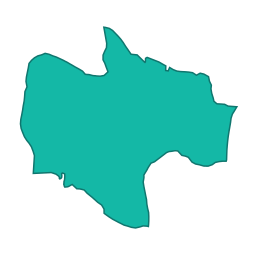 Qafl Shammar, Hajjah, Yemen (Natural Earth projection), rotated 3°
{"feature_id": "15242507B49516524141793", "entity_name": "Qafl Shammar", "entity_type": "district", "adm_level": 2, "iso_a3": "YEM", "parent_name": "Yemen", "parent_adm1": "Hajjah", "projection": "natural_earth1", "projection_center": [43.357, 15.907], "detail": "fine", "context": "isolated", "style": "filled", "palette": "teal", "viewbox_px": 256, "rotation_deg": 3, "n_neighbors": 0, "source": "geoboundaries", "source_scale": "gbopen_adm2", "svg_char_len": 2630}
<svg xmlns="http://www.w3.org/2000/svg" viewBox="0 0 256 256"><g transform="rotate(3 128 128)"><path d="M98.6,28.6L102.3,44.6L102.3,48.9L100.7,52.6L99.3,56.5L99.5,61.2L101.4,64.4L103.2,68.7L105.1,73.0L101.4,76.8L97.6,77.7L93.9,77.7L93.4,77.6L90.2,77.5L86.3,76.7L84.0,76.7L82.5,76.6L79.6,73.6L75.8,71.6L71.8,69.7L68.0,67.7L67.3,67.4L63.7,65.5L61.8,64.7L59.7,63.7L56.2,62.3L52.7,60.9L49.1,59.9L45.3,58.5L41.3,57.8L39.3,58.8L37.8,59.5L34.2,60.7L30.9,62.8L28.1,65.5L25.8,68.7L25.3,73.1L24.6,77.7L23.9,82.4L23.7,86.8L25.0,92.2L23.2,97.0L23.1,102.1L22.9,106.4L22.2,111.6L21.8,116.0L21.2,120.5L20.5,125.1L20.5,125.6L20.4,129.5L21.3,134.0L23.0,137.9L25.0,142.1L27.5,145.6L30.1,148.5L32.5,151.8L34.5,156.3L36.0,160.5L35.8,178.3L53.7,176.5L58.0,177.7L58.3,177.7L61.3,179.7L62.1,180.9L62.0,181.6L62.2,182.1L62.5,182.4L63.0,182.2L63.7,181.8L64.3,181.0L64.4,180.3L64.4,178.8L64.4,178.7L64.1,177.1L64.7,176.4L67.1,177.0L67.4,179.2L67.4,180.5L67.4,181.5L67.3,183.4L66.9,184.6L66.9,186.6L66.8,187.5L67.6,189.8L68.0,190.3L70.6,189.9L71.7,189.5L75.2,187.3L77.6,189.3L79.3,190.7L80.1,191.4L82.4,191.3L84.6,191.6L87.5,192.2L90.3,195.0L90.5,195.2L95.6,198.9L101.7,203.8L105.7,206.3L108.3,210.2L108.6,214.4L109.9,215.3L113.5,217.6L117.5,219.9L121.8,221.9L122.5,222.2L123.0,222.5L125.4,223.5L129.2,225.2L132.9,226.0L136.6,227.0L140.8,227.4L144.6,226.3L145.8,225.9L148.1,225.0L152.0,225.0L153.0,225.2L153.5,225.3L153.6,223.7L153.6,219.6L153.4,215.4L153.0,211.3L151.8,207.3L150.8,203.0L150.2,198.4L149.1,194.3L148.9,193.4L148.0,189.8L146.9,185.5L146.0,181.2L146.4,177.7L146.5,176.4L146.3,174.1L149.2,168.7L150.1,166.6L152.8,161.9L156.3,160.3L157.2,159.5L161.7,155.7L167.8,150.5L170.1,149.4L172.6,149.0L176.2,148.2L178.9,148.3L183.2,152.5L186.3,153.0L187.2,153.2L189.8,154.1L193.7,158.7L197.3,160.4L201.3,161.0L205.6,162.0L210.0,161.9L214.1,160.2L217.0,157.8L220.6,156.8L224.3,156.2L227.8,156.0L228.1,154.7L228.0,150.0L227.9,145.2L228.0,140.7L228.2,135.8L228.5,131.3L229.0,126.4L229.5,122.3L230.1,117.2L230.4,112.9L231.5,108.7L233.7,104.7L235.6,101.1L234.5,101.1L230.7,101.0L226.8,100.9L223.3,99.3L219.6,99.2L215.7,99.2L215.3,99.0L212.4,96.8L211.5,93.6L209.8,89.0L208.8,84.6L209.0,80.9L208.7,80.3L206.9,77.0L205.7,72.5L201.0,70.2L200.5,70.1L197.2,69.5L193.6,71.7L189.6,69.4L185.8,69.0L182.0,68.9L181.5,68.9L177.5,68.9L173.8,68.6L170.0,67.3L166.4,65.4L165.1,68.9L162.6,68.6L162.5,64.0L159.2,62.4L155.5,60.5L143.4,56.5L141.9,57.5L141.9,61.1L141.5,61.6L141.0,61.3L133.3,54.5L133.0,54.5L127.2,54.2L121.1,46.3L118.8,43.0L116.2,39.8L113.4,36.9L110.3,34.0L107.5,31.4L104.1,29.5L100.0,28.7L98.6,28.6Z" fill="#14b8a6" stroke="#0f766e" stroke-width="1.5"/></g></svg>